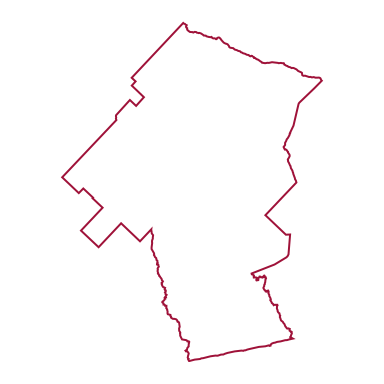 the district of San Cayetano, Buenos Aires, Argentina
{"feature_id": "61730980B1791021048372", "entity_name": "San Cayetano", "entity_type": "district", "adm_level": 2, "iso_a3": "ARG", "parent_name": "Argentina", "parent_adm1": "Buenos Aires", "projection": "albers", "projection_center": [-59.479, -38.405], "detail": "fine", "context": "isolated", "style": "outline", "palette": "rose", "viewbox_px": 384, "rotation_deg": 0, "n_neighbors": 0, "source": "geoboundaries", "source_scale": "gbopen_adm2", "svg_char_len": 5995}
<svg xmlns="http://www.w3.org/2000/svg" viewBox="0 0 384 384"><path d="M188.9,360.9L189.4,361.0L194.7,359.6L200.1,359.0L200.5,358.7L201.7,358.3L203.0,358.2L210.5,356.3L215.3,355.6L217.7,355.7L221.0,354.6L223.4,354.5L224.8,353.8L227.6,352.9L234.7,351.4L241.5,350.6L243.5,350.8L244.1,350.4L245.5,350.3L247.2,349.6L250.0,348.9L258.9,346.9L265.3,346.3L268.6,345.4L269.1,345.7L269.4,345.6L269.7,345.9L270.6,345.6L270.6,344.7L271.2,344.1L271.8,343.6L273.5,342.9L275.2,342.6L277.1,341.9L280.6,341.4L285.2,340.2L287.0,340.1L289.3,339.4L292.9,338.6L291.5,337.8L291.1,338.0L290.9,337.7L290.6,337.5L290.4,337.9L290.2,337.3L290.2,337.1L290.5,337.0L290.8,336.4L291.1,335.1L291.8,333.6L291.9,333.1L291.4,332.5L291.6,331.8L291.1,331.5L290.6,331.6L290.3,331.1L289.6,330.7L289.5,329.9L289.8,329.0L288.5,328.4L287.2,328.6L286.7,328.2L286.2,327.3L285.4,326.5L284.4,324.0L283.5,323.1L282.8,321.8L281.2,320.6L280.9,320.1L280.4,318.3L279.8,317.0L280.2,315.7L279.8,315.2L279.4,313.3L278.8,312.9L278.2,312.3L277.6,311.1L277.6,310.2L276.9,308.6L277.0,306.3L276.9,306.0L277.5,305.5L277.3,304.8L274.5,304.8L273.7,305.2L272.9,303.8L272.0,303.2L271.8,303.0L271.8,302.6L270.3,300.1L270.8,299.6L270.8,299.3L270.2,297.6L269.3,296.1L269.2,294.5L268.7,294.0L268.4,293.2L268.4,292.9L268.7,291.9L268.2,290.6L267.6,290.7L267.0,291.5L266.5,291.7L266.0,291.6L265.6,291.4L265.7,290.7L264.5,290.0L263.5,288.3L263.4,287.8L263.6,287.3L264.2,286.2L264.2,285.0L264.8,284.2L264.8,283.2L265.2,282.3L265.5,279.1L266.0,278.6L265.7,277.8L265.8,277.4L265.6,277.1L264.5,277.1L264.6,275.9L264.4,275.6L264.0,275.7L263.9,276.3L262.9,276.7L262.6,277.5L262.3,277.6L261.9,277.2L261.1,277.3L260.6,276.7L259.8,276.5L259.5,276.6L259.5,277.3L259.3,277.5L258.0,278.0L257.9,278.3L258.1,279.2L258.4,279.8L258.3,280.1L256.5,280.4L256.3,280.1L256.3,279.7L256.8,278.5L256.9,278.0L256.6,277.6L255.4,277.4L253.8,277.5L253.7,276.4L254.0,275.9L253.9,275.4L252.4,274.4L251.8,274.3L251.6,273.5L274.6,264.5L286.5,257.3L287.7,256.0L288.5,254.4L290.1,234.5L285.9,234.7L265.4,215.2L296.4,182.5L295.9,180.6L295.0,179.1L294.9,178.2L293.3,173.9L293.1,172.7L292.8,172.2L292.4,170.6L290.9,168.1L290.5,166.0L290.1,165.6L288.9,162.8L288.1,161.5L288.0,160.0L287.8,159.7L288.0,159.1L289.0,157.6L289.7,156.0L289.5,154.7L288.0,152.5L288.0,151.8L287.5,151.4L286.6,150.0L285.5,149.3L285.0,149.6L284.4,148.8L283.6,147.0L285.1,145.0L285.1,142.8L286.2,140.9L286.7,139.4L288.0,137.8L289.0,135.9L289.3,135.6L289.6,134.4L290.2,133.2L290.3,132.7L290.1,132.7L293.5,125.6L298.5,104.2L298.8,103.4L299.5,102.5L314.8,87.8L321.8,80.7L321.2,80.1L320.5,78.4L319.9,77.9L319.0,77.6L315.5,77.7L313.8,77.1L311.9,77.4L310.6,76.9L309.1,77.0L305.1,75.7L303.4,75.8L302.3,75.2L301.9,72.8L301.3,72.4L298.2,71.0L296.5,69.4L293.6,68.0L292.6,67.9L291.7,68.1L290.1,67.2L288.7,66.9L287.9,66.5L287.5,66.0L286.4,65.8L285.1,64.9L284.4,64.7L284.2,64.4L284.0,63.4L283.7,63.2L282.1,63.2L280.9,62.9L278.7,63.2L278.0,62.9L272.0,62.2L268.9,62.9L267.3,62.8L265.1,63.2L262.0,62.7L261.7,62.1L261.1,61.7L260.7,61.6L258.2,59.7L257.3,59.5L257.2,59.3L256.1,58.9L255.4,58.1L254.1,58.0L254.0,57.2L252.4,56.4L252.2,56.0L251.4,55.8L250.3,56.3L249.5,55.9L248.6,55.0L247.0,54.8L246.1,54.4L245.4,53.9L242.9,53.2L241.7,52.4L240.8,52.2L240.2,51.4L239.7,51.2L238.2,50.9L237.0,50.2L234.6,49.5L233.3,48.2L230.2,47.7L229.3,47.1L229.0,46.1L227.6,44.3L226.5,43.8L225.5,43.6L223.7,42.6L221.6,40.3L220.4,38.6L219.3,37.6L218.4,37.5L217.6,37.8L217.1,38.1L216.8,38.9L216.6,39.1L215.9,39.1L215.6,38.7L214.5,38.3L213.2,38.4L211.9,37.6L211.8,37.2L211.4,36.9L210.8,37.2L209.0,37.0L206.4,36.3L205.9,35.7L205.4,35.6L203.7,35.5L203.3,35.0L201.1,33.5L199.4,32.9L198.5,33.1L197.9,32.8L196.9,32.7L196.0,32.0L194.5,31.9L193.5,32.5L193.1,32.5L192.5,32.1L190.0,32.0L189.3,31.4L188.7,31.2L188.1,30.5L187.5,30.1L187.1,29.2L187.2,28.2L186.3,27.5L186.0,26.8L186.7,25.2L185.4,24.5L184.9,23.9L183.8,23.6L183.2,23.0L131.7,77.8L135.6,81.4L131.8,85.6L143.9,97.2L136.1,105.9L129.9,100.0L116.1,115.2L115.9,116.1L116.2,117.6L115.9,118.7L116.4,120.0L62.2,177.3L78.8,193.1L83.3,188.5L93.1,197.7L92.6,198.3L102.6,207.7L81.0,230.6L98.6,247.2L121.1,223.3L140.0,241.3L151.3,229.3L151.2,230.2L151.5,230.9L151.7,233.0L151.8,233.5L153.1,235.2L152.8,237.5L152.8,238.7L152.1,240.4L152.0,242.1L152.2,242.9L151.6,247.3L151.6,249.1L154.0,253.2L154.2,254.1L153.9,254.9L154.0,255.2L154.4,255.5L154.9,256.9L156.2,258.1L156.5,260.0L157.4,260.8L157.4,262.1L157.7,262.6L157.7,263.3L157.1,263.4L157.0,264.5L158.3,264.9L158.3,265.4L158.8,266.6L158.4,267.3L158.0,267.7L157.6,268.6L157.9,269.7L157.6,270.2L157.7,270.9L157.6,271.4L158.2,273.1L157.9,273.4L157.9,273.6L158.9,274.7L159.2,275.3L159.1,275.8L160.0,276.5L160.2,277.1L161.5,278.7L162.0,280.4L162.9,281.3L162.5,281.9L162.2,282.8L161.7,282.9L161.8,283.6L161.6,283.9L161.9,284.8L162.1,284.9L162.2,285.6L163.0,286.9L163.3,287.2L164.0,287.3L165.1,287.9L164.6,289.1L164.8,289.3L164.9,289.9L165.6,290.2L165.8,290.8L165.6,291.1L165.7,291.4L165.0,292.3L165.5,292.8L165.4,293.4L165.5,294.1L166.6,294.9L165.6,296.3L165.9,297.2L165.0,297.2L164.6,297.8L165.0,298.1L165.1,298.4L164.9,298.4L164.7,299.5L163.4,301.0L162.5,301.6L162.3,301.9L162.3,302.4L163.5,303.4L163.5,304.6L164.5,304.7L164.9,305.0L165.1,305.8L166.4,305.8L166.4,307.5L166.2,308.0L167.2,309.4L167.1,309.8L167.6,311.5L167.5,313.3L167.8,314.2L170.4,314.9L170.4,316.0L171.0,316.5L171.1,316.8L171.0,317.5L171.2,317.8L172.8,318.8L174.6,318.9L176.1,319.3L176.8,319.9L177.4,320.8L177.5,321.2L177.4,321.5L177.6,321.8L178.3,321.9L178.8,322.2L179.1,322.7L179.7,326.8L179.1,328.4L179.2,330.8L180.2,332.4L180.3,332.9L180.0,333.3L180.2,334.4L180.2,335.7L182.0,339.4L186.0,340.1L187.0,340.6L187.4,341.4L188.7,341.3L189.2,341.7L189.1,342.7L189.0,343.1L188.8,343.2L188.8,343.9L188.6,345.2L188.7,346.2L188.6,346.5L187.4,347.8L186.8,350.2L186.5,350.5L186.1,350.2L185.6,350.6L185.9,350.8L185.9,351.3L186.0,351.4L186.6,351.3L187.6,351.7L188.7,353.3L188.7,353.7L188.0,356.0L187.9,356.8L187.7,357.5L188.0,358.2L188.1,359.0L188.6,359.0L188.5,360.0L188.9,360.9Z" fill="none" stroke="#9f1239" stroke-width="2"/></svg>